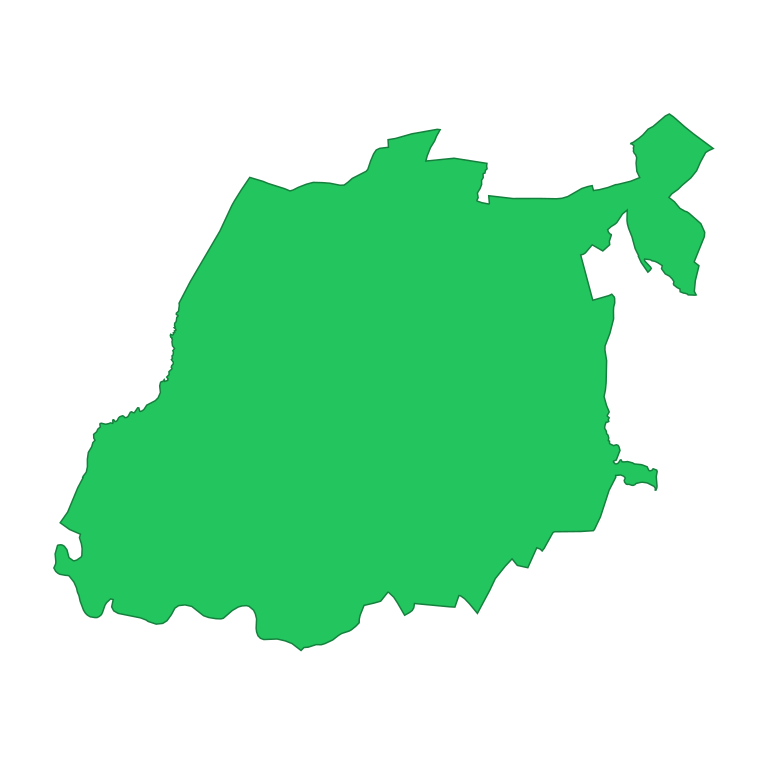 the district of Suseni, Mures, Romania, rotated 89°
{"feature_id": "2599482B78357474584044", "entity_name": "Suseni", "entity_type": "district", "adm_level": 2, "iso_a3": "ROU", "parent_name": "Romania", "parent_adm1": "Mures", "projection": "orthographic", "projection_center": [24.705, 46.834], "detail": "fine", "context": "isolated", "style": "filled", "palette": "green", "viewbox_px": 768, "rotation_deg": 89, "n_neighbors": 0, "source": "geoboundaries", "source_scale": "gbopen_adm2", "svg_char_len": 6128}
<svg xmlns="http://www.w3.org/2000/svg" viewBox="0 0 768 768"><g transform="rotate(89 384 384)"><path d="M649.0,471.6L646.1,468.6L645.8,464.3L643.4,456.4L643.6,451.3L642.5,447.5L639.0,439.7L634.6,433.9L632.7,430.7L630.4,423.1L629.2,420.9L625.6,416.3L622.3,413.0L618.6,412.8L614.8,411.9L605.0,407.8L602.9,397.9L601.1,391.1L592.3,383.8L592.4,383.0L597.3,378.0L603.0,374.4L615.6,367.4L612.9,362.4L611.0,359.8L608.3,358.1L604.0,357.4L607.9,322.6L608.3,317.0L596.8,312.8L597.1,311.2L600.1,307.1L605.1,302.5L615.0,294.6L592.4,282.0L580.5,276.1L568.2,265.9L561.1,259.0L567.7,253.9L570.2,243.4L550.4,234.1L551.8,230.7L553.7,228.8L551.1,226.7L535.7,217.8L534.7,216.2L534.9,189.8L534.3,177.2L533.1,176.1L520.6,169.9L494.2,160.8L481.3,153.9L479.5,154.0L479.1,148.9L480.3,146.1L481.7,144.7L482.5,144.5L484.5,145.5L486.2,145.2L488.3,143.6L488.6,142.7L488.6,140.7L489.6,137.9L489.7,136.6L489.1,135.0L487.8,133.6L486.9,129.4L486.7,127.4L487.5,122.5L491.0,115.9L492.7,114.6L494.8,114.7L494.9,114.0L492.6,113.0L490.9,112.8L481.3,113.4L476.4,112.4L474.9,112.8L473.5,116.2L473.6,116.6L474.9,117.5L475.5,119.4L475.2,120.4L474.6,120.9L471.4,122.3L469.5,126.9L469.1,128.2L468.3,135.0L467.2,136.8L465.8,141.8L466.1,145.3L466.0,147.2L464.0,148.3L464.1,149.1L467.0,151.0L467.9,152.5L467.9,154.2L466.1,155.9L465.3,155.9L464.9,155.3L464.1,153.1L454.5,149.2L450.8,150.2L449.4,151.1L448.8,152.7L449.6,155.5L447.9,159.0L447.1,159.6L445.1,159.5L444.5,160.7L441.8,160.2L438.9,161.0L437.7,162.2L434.9,162.6L432.0,164.2L429.4,163.8L426.1,162.6L426.0,161.1L425.3,159.9L423.6,160.4L421.7,159.4L420.1,161.3L419.3,161.3L415.9,159.3L409.3,161.9L400.4,164.2L393.7,162.7L386.7,161.9L364.6,161.0L353.9,162.5L349.8,162.3L337.4,157.3L322.9,153.3L314.8,153.3L310.9,153.0L307.0,151.9L302.3,151.9L301.0,152.3L298.2,154.7L299.5,157.5L303.9,173.8L258.4,185.1L257.7,182.4L256.5,180.4L248.5,173.4L254.8,162.9L248.7,155.9L245.2,156.2L239.1,154.1L238.5,154.2L238.0,155.3L236.2,156.9L233.6,157.7L230.6,154.2L227.9,149.8L226.5,148.3L218.2,142.6L214.3,137.8L224.9,138.2L228.3,137.8L232.6,136.7L241.2,133.5L253.1,130.5L260.1,127.2L260.7,127.5L267.0,124.7L276.8,118.2L275.0,116.1L273.1,114.7L271.6,115.6L265.7,121.0L264.3,121.5L263.6,121.2L264.4,115.5L265.5,113.9L266.0,111.2L267.4,108.3L270.5,103.7L273.6,104.5L278.8,100.9L281.2,96.6L284.1,93.9L286.8,92.3L288.9,92.9L290.1,92.5L292.8,89.1L294.2,86.4L296.9,86.3L298.3,83.0L298.5,81.5L299.4,79.0L300.2,78.4L300.6,71.5L300.4,70.3L296.8,72.1L286.1,70.9L271.3,67.0L267.5,71.6L267.0,71.6L242.2,61.1L237.9,60.7L229.2,64.4L218.7,75.9L217.2,78.0L216.3,80.5L213.5,85.1L206.9,90.4L202.4,95.9L198.8,92.8L194.5,86.6L190.5,82.4L183.3,73.6L176.2,67.7L167.6,63.7L158.2,58.4L156.2,55.1L154.3,50.7L139.3,70.2L132.4,78.5L121.9,90.0L119.0,94.0L120.9,98.0L131.2,110.5L133.8,115.5L139.6,120.9L142.9,125.0L146.7,130.6L147.6,132.9L148.1,133.1L148.5,131.7L150.2,129.9L152.5,130.6L153.8,130.3L155.7,130.6L157.9,129.6L159.0,128.5L162.1,127.4L167.4,128.1L175.8,127.5L182.1,124.7L185.6,133.9L188.6,147.1L188.7,148.9L191.4,156.5L193.5,165.3L194.2,171.2L189.3,172.4L190.1,176.6L192.0,182.9L199.8,197.0L201.4,202.8L201.8,208.4L201.2,225.5L200.8,252.0L197.6,276.0L205.2,275.5L205.9,276.0L204.4,283.1L202.7,287.7L201.9,287.9L199.4,286.6L194.7,287.3L190.4,284.6L186.2,282.9L182.0,282.9L179.4,281.2L175.7,281.3L175.2,280.7L174.9,279.4L172.1,278.8L170.7,277.2L167.9,277.6L165.2,277.2L159.5,310.0L161.8,338.3L156.6,336.8L148.5,333.4L141.8,329.1L137.4,327.3L130.7,323.4L130.3,326.3L134.3,351.6L138.7,368.2L139.8,375.7L147.4,375.4L148.3,384.2L149.9,387.7L153.8,390.4L160.8,393.5L169.0,396.4L171.0,398.1L177.9,412.2L181.7,416.6L184.4,420.4L184.5,424.5L182.3,434.6L181.6,442.0L181.2,451.3L182.9,458.2L186.0,466.5L188.5,471.6L189.3,474.7L186.9,480.2L181.5,496.3L179.3,501.4L175.1,514.6L187.6,523.4L198.2,530.3L202.8,533.0L228.2,545.4L278.4,576.0L299.6,587.5L301.9,587.3L307.6,588.2L309.6,590.4L310.9,590.4L311.8,588.8L312.9,588.9L313.7,590.0L318.0,590.7L319.6,592.2L322.0,592.4L323.3,591.7L324.0,592.9L325.6,591.2L326.5,591.1L327.3,592.7L328.5,592.3L328.8,592.4L329.2,593.8L330.1,593.5L331.0,593.9L331.4,594.9L330.6,596.4L331.6,596.8L333.4,596.4L334.3,595.0L335.0,595.4L336.1,594.7L338.0,595.3L342.1,594.8L344.9,592.8L347.1,594.6L348.2,594.0L351.1,594.3L352.2,595.5L354.9,595.2L355.9,596.2L358.4,594.3L360.3,594.4L362.0,596.0L363.7,596.4L364.6,595.7L365.2,595.8L367.9,598.8L370.8,598.7L373.3,601.2L375.0,599.9L376.6,600.2L377.6,603.2L375.8,603.7L377.7,605.2L377.8,606.7L378.8,607.5L382.0,608.3L388.6,607.7L393.9,610.1L396.7,613.0L401.0,621.6L404.9,624.2L405.9,625.2L407.0,627.1L407.2,627.7L406.9,628.7L403.6,629.6L403.5,630.7L408.3,634.1L408.3,635.4L407.4,636.8L407.8,638.1L412.0,640.5L412.9,641.8L413.1,643.6L411.6,645.0L411.2,646.0L412.1,648.7L413.3,650.0L415.9,651.4L416.7,652.5L416.8,653.7L415.1,654.8L415.0,655.5L416.0,655.9L417.8,655.6L418.6,656.0L418.1,658.2L418.8,659.9L419.4,663.0L418.3,667.2L418.5,668.4L419.1,668.8L422.0,668.4L424.2,671.0L426.7,672.1L429.3,675.2L433.1,675.1L435.2,673.9L437.5,676.1L441.8,677.4L447.2,680.8L454.0,681.9L461.7,682.0L466.9,683.2L471.0,686.4L472.2,686.9L472.4,686.5L482.4,692.0L506.5,702.5L517.1,710.2L524.0,700.9L528.9,690.1L532.3,691.2L538.3,689.4L543.3,688.7L550.1,689.1L551.6,689.7L554.7,694.3L555.4,697.0L555.2,697.9L552.1,702.0L544.2,703.9L540.7,706.4L539.5,708.2L539.1,709.9L539.4,712.8L539.9,713.3L548.2,715.8L556.0,715.2L558.3,715.5L562.2,717.3L565.6,715.5L567.5,713.4L568.6,711.4L569.8,705.5L569.9,703.5L570.3,702.3L576.6,697.5L582.5,695.0L586.9,694.1L590.2,692.7L595.8,691.6L605.1,688.3L608.0,686.5L609.9,684.6L611.6,681.9L612.5,677.1L612.5,674.9L611.5,672.8L609.7,670.6L607.4,669.4L600.5,666.9L597.9,665.3L594.1,661.1L594.8,658.5L602.1,660.2L606.1,658.2L608.7,653.8L613.6,631.5L615.8,626.0L617.3,624.0L620.1,616.0L619.5,609.4L616.9,605.1L610.9,600.6L604.5,597.0L602.0,593.2L601.4,586.8L603.0,580.1L612.5,568.5L614.4,563.4L615.7,556.3L616.0,551.1L615.4,548.7L607.8,539.6L604.4,533.6L603.4,529.7L603.2,525.4L603.9,522.9L607.8,518.4L611.4,516.7L616.6,515.5L626.1,516.1L629.7,515.7L633.5,514.4L636.1,512.0L637.4,508.7L637.1,495.3L639.1,487.3L641.9,480.5L649.0,471.6Z" fill="#22c55e" stroke="#15803d" stroke-width="1.5"/></g></svg>